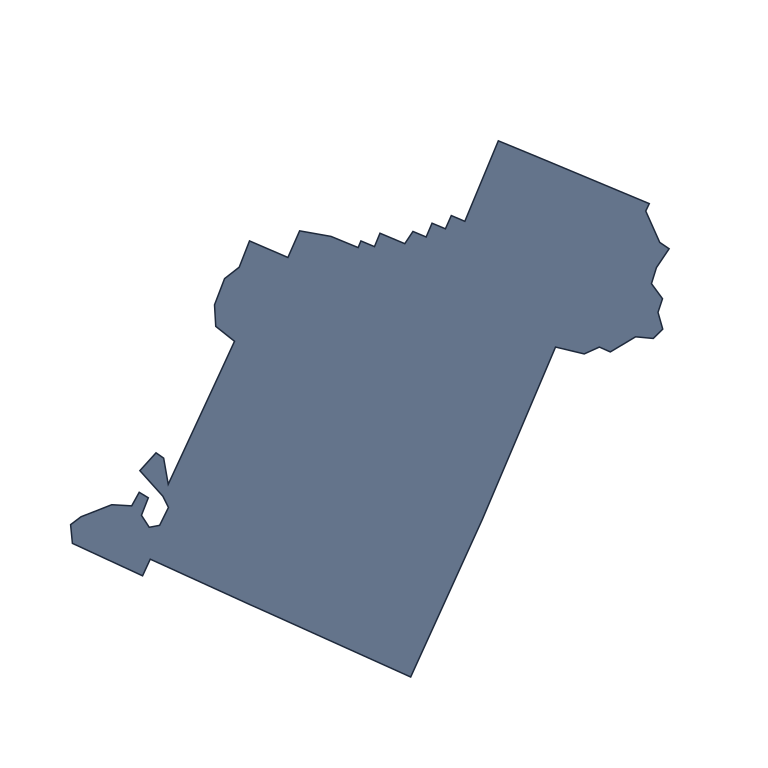 the district of Camden, Missouri, United States of America, rotated 292°
{"feature_id": "52423323B51801670345561", "entity_name": "Camden", "entity_type": "district", "adm_level": 2, "iso_a3": "USA", "parent_name": "United States of America", "parent_adm1": "Missouri", "projection": "albers", "projection_center": [-92.734, 38.036], "detail": "fine", "context": "isolated", "style": "filled", "palette": "slate", "viewbox_px": 768, "rotation_deg": 292, "n_neighbors": 0, "source": "geoboundaries", "source_scale": "gbopen_adm2", "svg_char_len": 903}
<svg xmlns="http://www.w3.org/2000/svg" viewBox="0 0 768 768"><g transform="rotate(292 384 384)"><path d="M295.1,525.9L482.5,529.2L486.9,558.4L498.9,569.8L498.5,581.8L522.0,599.6L527.1,616.6L539.3,621.9L553.1,611.2L567.4,610.3L577.2,594.4L594.0,593.0L616.2,597.7L618.6,586.6L642.4,561.9L650.6,562.4L652.0,442.7L652.3,398.9L565.1,398.0L565.4,383.3L550.9,382.8L551.1,368.3L536.1,368.0L536.3,353.7L521.9,350.7L522.3,323.8L507.8,323.7L508.0,309.0L500.8,308.9L501.0,279.6L494.4,248.4L465.3,247.5L466.3,205.7L438.1,206.0L422.0,196.7L393.9,197.2L374.4,206.4L367.6,229.4L333.9,227.8L210.2,221.5L232.7,207.5L234.8,198.4L212.2,190.1L197.1,221.0L188.8,230.4L168.9,228.9L163.2,220.0L171.4,208.3L190.2,208.1L191.9,197.6L176.5,195.7L170.1,176.8L147.4,152.8L136.2,146.1L119.5,154.8L115.7,232.0L134.0,232.9L129.2,342.5L128.7,357.2L122.3,518.5L295.1,525.9Z" fill="#64748b" stroke="#1e293b" stroke-width="1.5"/></g></svg>